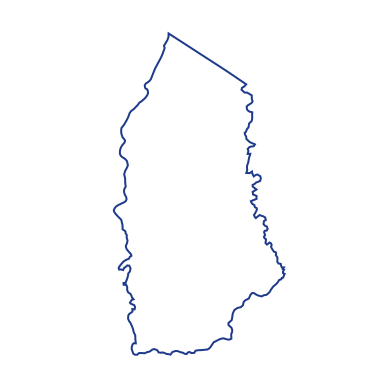 the district of Caseara, Tocantins, Brazil, rotated 353°
{"feature_id": "56859067B59915078137369", "entity_name": "Caseara", "entity_type": "district", "adm_level": 2, "iso_a3": "BRA", "parent_name": "Brazil", "parent_adm1": "Tocantins", "projection": "orthographic", "projection_center": [-49.844, -9.372], "detail": "fine", "context": "isolated", "style": "outline", "palette": "blue", "viewbox_px": 384, "rotation_deg": 353, "n_neighbors": 0, "source": "geoboundaries", "source_scale": "gbopen_adm2", "svg_char_len": 4316}
<svg xmlns="http://www.w3.org/2000/svg" viewBox="0 0 384 384"><g transform="rotate(353 192 192)"><path d="M182.0,43.4L182.4,45.8L179.6,51.4L177.6,54.8L172.5,62.0L170.2,65.3L164.8,75.2L163.3,76.6L161.6,77.7L159.5,78.6L158.1,80.2L158.1,82.1L158.5,83.7L159.9,84.5L160.5,86.2L160.4,88.5L159.3,90.6L156.9,93.1L153.0,95.8L150.6,96.9L149.1,98.7L144.2,102.7L141.2,104.4L139.8,106.0L137.8,109.9L135.9,112.8L133.9,115.4L132.8,116.9L129.7,120.0L129.0,123.6L129.1,126.2L129.9,129.6L131.1,131.1L131.8,132.7L131.2,134.5L129.8,135.9L128.3,137.2L127.4,138.4L126.2,140.4L125.5,142.4L125.1,145.2L125.6,147.0L126.4,148.3L129.8,151.2L131.0,153.0L131.4,154.6L131.6,157.8L129.9,160.7L128.1,163.1L126.8,166.4L127.3,170.2L126.8,175.0L126.9,178.5L125.2,180.8L124.6,182.9L124.6,184.4L125.1,186.6L126.0,188.8L126.2,191.0L125.4,192.7L123.7,193.8L117.2,196.0L115.0,197.1L113.6,198.3L112.1,200.6L112.3,202.0L113.4,204.3L115.9,207.8L118.4,210.9L119.0,216.7L118.6,220.6L121.1,222.9L121.1,224.8L122.0,226.8L121.6,229.6L122.1,232.2L121.3,234.8L119.7,237.5L119.8,239.1L120.3,241.0L122.5,244.4L123.7,246.0L124.1,247.9L122.4,248.8L121.3,250.5L117.8,251.5L115.1,253.0L111.9,256.0L110.0,258.2L110.1,260.0L112.0,260.2L114.1,261.1L115.6,258.9L117.2,258.2L118.8,257.0L120.8,257.5L121.7,260.4L120.5,263.5L118.8,265.1L118.3,267.2L117.5,269.2L115.1,273.9L112.9,274.0L112.9,275.8L115.4,276.0L116.1,278.7L115.7,281.1L116.3,283.7L118.4,285.6L119.2,287.2L119.4,288.8L120.1,290.1L120.9,291.4L119.1,291.7L116.9,294.4L118.0,295.7L119.3,296.3L120.8,297.2L121.5,299.2L120.7,301.5L118.5,300.9L118.4,303.4L114.7,305.5L113.7,306.8L113.1,310.0L114.0,312.9L114.9,314.2L116.3,318.8L116.8,321.2L117.0,323.6L118.2,327.4L117.8,331.8L117.8,335.4L115.6,335.0L114.4,336.1L113.3,338.6L113.0,340.8L114.0,345.2L115.6,346.6L117.8,346.8L119.7,345.4L122.5,345.7L125.3,346.3L127.4,345.6L130.5,345.2L132.0,344.4L133.5,343.5L135.5,343.3L138.2,344.8L139.3,347.1L141.7,347.8L143.1,347.6L144.8,348.3L146.8,349.5L148.6,350.0L150.8,350.8L153.1,348.4L156.4,347.8L158.5,348.2L161.3,349.7L163.6,350.5L164.8,351.6L166.9,352.2L168.3,350.8L170.1,350.5L171.8,351.8L174.7,351.9L176.2,349.9L179.0,349.8L182.7,350.1L184.6,350.1L188.1,350.2L189.9,349.4L191.3,348.3L195.2,343.8L201.8,341.4L204.9,341.0L206.5,341.5L208.7,342.5L210.7,343.1L213.2,342.4L213.6,337.7L214.8,335.8L215.1,333.8L214.6,331.5L212.1,328.7L212.1,326.6L214.7,324.8L215.9,323.8L217.7,317.5L219.7,314.3L223.1,312.6L226.3,312.3L228.7,310.7L229.9,307.4L231.5,306.1L235.6,304.5L236.5,302.8L237.8,300.8L239.4,299.6L241.2,299.9L242.9,301.4L244.8,302.7L248.4,304.1L251.0,303.2L253.5,303.1L256.5,301.1L259.0,298.0L260.9,295.9L263.5,294.2L265.4,292.8L268.0,289.8L269.9,289.6L270.6,288.3L272.0,288.1L273.1,286.0L274.0,284.6L272.4,283.5L272.7,281.8L273.9,280.4L272.7,279.5L274.0,278.1L272.0,277.8L271.4,275.8L271.3,274.1L269.1,273.5L268.2,271.7L268.8,267.4L267.5,264.8L268.1,263.4L267.7,261.9L266.2,261.4L265.0,259.2L264.3,257.6L263.8,256.1L264.6,254.3L264.2,252.7L262.8,251.6L261.5,252.5L260.0,253.3L258.7,251.5L259.3,249.7L259.7,248.0L258.4,246.7L257.9,245.3L259.3,243.7L258.6,240.5L259.7,239.3L261.4,239.4L262.6,237.9L262.0,235.3L260.2,234.3L259.1,232.6L259.9,229.6L261.9,228.7L261.5,226.2L259.9,224.9L257.9,224.0L256.3,223.1L254.1,224.4L252.2,225.7L251.3,224.4L250.7,222.4L252.3,220.5L254.2,217.6L254.3,216.0L252.5,214.7L252.3,212.5L250.5,211.2L249.7,209.8L249.3,208.3L252.9,207.3L255.2,206.7L255.6,203.8L252.3,201.9L252.2,199.3L256.3,197.4L252.9,194.0L253.0,192.4L255.2,191.6L256.8,190.4L259.1,189.9L261.0,189.3L262.0,186.8L261.7,184.7L259.2,182.7L257.7,182.7L255.2,184.0L254.1,180.9L254.0,179.0L251.6,180.3L248.2,179.7L249.5,177.0L249.5,175.0L249.7,173.1L251.6,169.1L252.0,167.5L253.1,164.2L254.0,162.6L254.5,161.2L251.9,161.0L253.0,158.0L252.5,156.1L254.3,154.6L256.2,154.1L258.9,154.1L260.3,152.4L255.5,149.6L252.5,146.1L252.5,143.6L251.7,141.7L251.5,139.7L252.8,138.9L254.4,136.0L255.9,134.9L257.1,130.9L259.5,129.2L260.4,127.6L260.8,125.9L261.0,123.4L261.5,120.2L258.8,119.2L257.7,118.3L256.7,116.8L256.6,114.0L257.6,113.0L262.0,110.9L263.2,109.3L262.7,106.9L263.1,103.4L261.7,102.3L258.9,100.1L256.5,99.8L253.6,96.6L254.3,94.7L256.8,93.6L258.9,91.7L240.8,75.9L233.1,69.4L230.1,66.9L224.2,62.0L213.9,53.4L212.3,52.0L188.1,31.8L187.6,35.2L186.1,38.2L184.9,39.7L183.3,41.9L182.0,43.4Z" fill="none" stroke="#1e3a8a" stroke-width="2"/></g></svg>